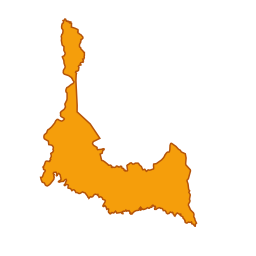 outline of Xaysetha, Attapu, Laos, rotated 16°
{"feature_id": "54806243B4321376255205", "entity_name": "Xaysetha", "entity_type": "district", "adm_level": 2, "iso_a3": "LAO", "parent_name": "Laos", "parent_adm1": "Attapu", "projection": "robinson", "projection_center": [107.034, 14.975], "detail": "fine", "context": "isolated", "style": "filled", "palette": "amber", "viewbox_px": 256, "rotation_deg": 16, "n_neighbors": 0, "source": "geoboundaries", "source_scale": "gbopen_adm2", "svg_char_len": 5823}
<svg xmlns="http://www.w3.org/2000/svg" viewBox="0 0 256 256"><g transform="rotate(16 128 128)"><path d="M36.9,50.5L38.4,51.6L38.9,53.1L39.1,55.3L38.6,56.4L38.6,58.6L39.3,59.7L39.8,62.2L41.8,66.3L44.0,67.4L44.9,71.0L46.9,73.2L47.1,74.0L46.8,76.1L45.6,77.1L45.2,77.7L47.7,80.8L48.7,83.4L50.7,86.3L50.8,87.5L50.0,90.4L50.5,92.7L51.2,93.4L52.0,93.8L56.5,94.0L60.0,95.2L60.3,95.8L60.9,96.0L61.4,96.9L63.4,98.5L63.3,99.5L62.7,100.6L61.6,101.6L59.2,105.0L58.1,106.0L57.8,107.8L58.0,109.5L58.7,110.6L59.4,110.9L59.9,111.5L61.3,116.4L61.5,117.9L60.7,122.4L62.1,125.1L61.5,127.6L59.2,130.6L58.8,132.0L59.5,133.4L59.6,134.5L60.4,135.4L63.7,136.3L64.3,136.8L64.3,137.3L63.2,139.0L62.2,139.7L60.1,139.6L58.3,139.0L57.5,139.3L56.5,141.1L56.2,143.3L54.3,147.9L52.5,150.8L51.6,151.6L51.2,152.9L51.1,155.1L49.5,157.5L49.4,158.9L49.9,160.6L50.7,161.5L55.1,162.6L56.4,165.8L59.4,165.5L61.0,166.4L61.6,167.3L61.8,169.4L62.5,170.1L62.6,170.7L62.1,172.4L61.2,173.1L60.8,173.9L61.6,175.1L62.1,176.5L61.7,179.1L62.4,179.7L61.7,180.9L62.1,181.1L61.7,181.9L59.1,182.1L58.0,182.9L57.7,187.4L57.0,189.0L57.7,189.2L57.8,190.1L58.3,191.1L60.0,191.4L60.3,191.9L60.2,192.7L59.5,194.4L59.2,198.5L58.6,199.2L57.6,199.5L58.8,201.7L60.5,203.7L62.8,203.9L64.3,205.6L65.0,205.9L66.3,206.0L67.4,205.0L68.7,203.1L70.8,197.9L70.6,195.6L70.1,195.2L70.1,194.6L69.8,194.3L69.9,193.1L69.1,192.9L68.9,192.2L68.6,192.0L69.0,191.1L70.9,190.3L71.3,190.5L72.0,191.6L72.3,192.4L72.1,193.2L72.5,193.6L73.1,193.1L73.1,192.3L73.7,190.8L74.3,190.8L75.9,191.9L76.1,192.7L77.3,194.6L77.8,195.9L77.5,196.7L75.9,198.5L76.0,198.9L76.9,199.0L78.7,197.8L80.7,197.1L81.7,195.0L82.6,194.4L83.2,195.0L83.4,195.9L83.1,196.8L83.0,199.1L82.4,200.1L82.6,200.7L83.2,200.8L84.4,199.2L85.9,199.1L86.5,199.6L86.7,201.9L87.0,202.3L89.5,202.1L91.4,203.7L92.2,202.6L93.0,202.3L94.2,202.8L95.7,204.4L96.9,204.1L99.0,204.5L100.0,204.0L102.0,201.9L103.2,202.2L104.4,202.1L107.7,204.5L108.6,205.6L109.4,205.9L109.8,206.4L110.8,204.4L112.1,204.4L113.0,203.7L113.9,201.3L114.8,200.6L115.9,200.7L117.4,200.2L117.6,201.2L118.6,201.6L119.3,202.6L120.6,201.6L121.7,201.9L122.7,202.4L123.4,203.5L125.7,203.7L126.2,204.1L126.3,205.3L125.3,209.5L125.6,210.2L126.4,210.2L126.9,209.2L127.2,209.0L128.7,210.0L130.0,212.0L131.0,211.2L131.7,211.3L132.3,214.0L132.9,214.7L133.8,214.7L134.0,215.3L134.5,215.4L134.9,215.3L135.9,213.6L137.1,213.8L137.8,213.5L139.0,211.4L140.7,212.9L144.7,211.0L145.7,211.8L146.7,211.8L146.7,211.2L145.6,210.8L145.4,210.4L146.5,209.2L148.0,208.9L148.6,207.5L149.6,208.3L150.3,207.6L151.0,207.8L151.3,207.3L151.8,207.1L152.9,208.1L153.3,209.3L154.1,209.0L154.2,209.9L154.6,210.0L155.8,209.3L156.1,208.1L157.2,206.5L158.4,205.3L161.2,204.0L161.4,203.2L161.0,202.5L161.9,200.6L162.8,201.2L162.4,202.9L162.8,203.4L164.4,201.8L165.1,202.2L166.4,201.5L167.9,200.3L168.7,199.2L170.1,199.4L170.8,199.1L171.4,197.8L172.3,197.8L172.7,197.5L172.9,196.8L172.5,195.9L173.2,195.3L173.9,195.4L174.6,196.2L175.7,195.8L176.3,196.4L175.7,197.9L176.1,198.8L177.4,198.5L178.2,197.4L179.5,196.3L180.6,195.8L181.3,196.3L182.6,196.0L183.5,196.2L184.7,197.7L186.2,197.1L187.7,198.1L188.2,199.0L189.6,199.6L191.0,198.8L191.8,197.1L193.3,197.3L194.0,196.8L194.5,197.1L194.9,198.0L196.1,198.7L196.6,199.5L197.4,199.8L198.0,197.4L198.8,196.1L201.0,196.7L202.4,196.2L202.6,196.5L202.2,197.4L202.3,197.6L205.2,198.3L205.8,199.5L207.5,200.4L208.0,201.2L208.7,201.6L208.6,202.5L209.4,203.1L210.8,203.2L212.0,201.8L213.9,201.6L215.0,200.8L215.2,201.0L215.7,202.4L217.2,202.5L219.2,203.9L219.7,203.8L219.3,201.8L220.1,200.6L217.9,198.2L217.0,196.5L216.1,195.7L215.6,194.9L215.2,192.8L214.4,191.6L210.7,189.5L207.3,185.5L207.1,183.9L207.6,182.8L207.7,181.0L206.7,179.5L206.3,175.3L205.9,174.6L204.2,173.0L204.6,171.4L203.3,170.4L201.1,165.2L199.2,162.5L199.2,161.8L200.0,160.1L199.9,152.0L199.4,151.0L193.8,147.5L193.2,146.2L192.1,140.8L190.2,137.0L185.8,136.3L184.4,135.0L182.4,134.5L179.2,132.5L174.3,130.8L173.7,130.8L173.3,131.3L173.2,133.1L174.2,137.3L174.3,139.4L173.9,139.9L172.6,140.3L171.9,141.2L171.0,143.6L170.7,145.6L170.2,147.1L169.0,149.5L165.1,154.4L162.6,155.6L162.9,157.2L163.7,159.3L163.8,160.3L161.0,162.3L159.9,162.7L159.3,162.6L158.5,163.1L157.8,164.5L156.7,164.1L155.7,163.1L155.3,163.1L153.9,164.1L153.5,163.9L151.5,161.4L149.1,160.3L148.3,159.5L147.4,159.0L144.6,159.8L144.0,160.7L142.6,161.4L140.6,160.6L139.5,161.4L138.2,163.3L137.7,163.5L137.3,164.4L139.3,168.9L139.2,169.3L137.6,170.0L136.8,169.4L136.6,169.9L135.7,169.5L135.3,168.5L134.7,168.3L134.3,168.1L133.8,168.4L133.3,168.2L132.4,166.7L131.5,166.7L131.1,167.0L131.1,167.5L130.2,168.0L129.3,168.1L129.2,167.8L128.0,167.6L127.5,167.7L127.2,168.0L127.1,168.8L126.5,169.3L125.7,169.7L123.7,169.8L123.7,170.3L123.3,170.4L122.8,170.1L122.8,169.2L121.6,168.5L119.5,169.2L118.9,168.6L114.9,166.9L112.9,166.3L111.6,166.4L108.4,160.8L110.1,159.4L110.0,156.5L110.9,155.5L110.9,154.8L110.0,154.7L108.2,155.9L104.7,157.2L103.8,156.2L103.6,155.2L100.1,154.3L98.8,153.5L98.2,152.8L98.2,151.3L98.5,150.5L103.8,145.7L90.5,134.5L74.6,126.5L72.9,120.3L64.9,96.9L63.5,91.1L63.4,89.6L62.2,88.9L62.4,87.9L63.8,87.2L64.5,86.2L64.1,83.2L63.3,82.4L63.8,81.2L64.5,80.9L65.4,80.3L65.2,80.0L64.6,80.1L64.3,79.7L64.5,78.3L65.9,77.3L66.6,77.2L66.3,76.4L66.7,75.9L65.5,74.3L66.5,73.9L66.6,72.4L66.2,71.7L66.1,70.4L65.2,67.3L64.4,67.3L63.6,66.5L60.8,64.9L60.5,64.0L59.0,63.3L58.4,61.4L58.5,59.9L58.9,58.9L58.6,58.3L58.8,57.1L58.4,55.9L59.2,55.4L59.9,54.0L59.5,53.0L56.9,51.3L55.5,51.1L54.4,50.4L53.7,50.3L53.3,49.8L53.4,49.1L53.1,49.0L53.1,47.8L52.7,47.2L49.5,46.7L45.8,46.6L44.9,43.0L43.6,43.0L44.0,42.5L43.9,41.9L42.6,42.0L42.1,42.4L41.5,41.8L40.6,42.3L40.3,42.0L39.5,42.3L39.3,42.2L39.5,41.8L38.8,41.6L38.0,40.6L37.3,40.6L37.1,41.8L35.9,42.6L36.8,43.7L36.8,44.9L36.1,45.6L36.0,47.1L36.3,49.2L36.9,50.5Z" fill="#f59e0b" stroke="#b45309" stroke-width="1.5"/></g></svg>